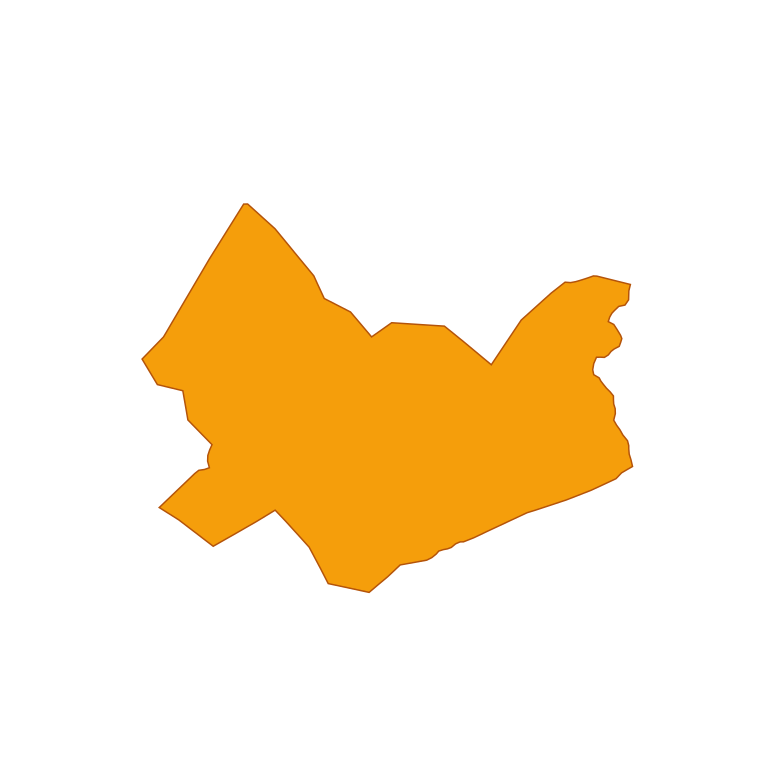 outline of Jaicós, Piauí, Brazil, rotated 228°
{"feature_id": "56859067B77828111309856", "entity_name": "Jaicós", "entity_type": "district", "adm_level": 2, "iso_a3": "BRA", "parent_name": "Brazil", "parent_adm1": "Piauí", "projection": "mercator", "projection_center": [-41.242, -7.409], "detail": "fine", "context": "isolated", "style": "filled", "palette": "amber", "viewbox_px": 768, "rotation_deg": 228, "n_neighbors": 0, "source": "geoboundaries", "source_scale": "gbopen_adm2", "svg_char_len": 1707}
<svg xmlns="http://www.w3.org/2000/svg" viewBox="0 0 768 768"><g transform="rotate(228 384 384)"><path d="M564.4,220.9L535.2,215.2L513.6,230.0L496.7,219.4L488.5,214.2L454.0,215.6L451.6,210.2L448.8,205.3L444.7,201.3L438.6,198.2L440.6,193.4L443.8,188.6L444.1,183.4L442.6,134.3L420.2,140.6L377.7,148.5L370.9,179.6L369.7,185.3L367.1,197.4L363.1,218.7L347.8,219.1L323.1,219.2L312.8,219.2L289.2,213.3L273.0,209.0L239.1,233.5L238.8,244.2L238.3,257.8L238.7,275.0L224.5,297.9L223.0,303.3L222.7,309.1L223.2,312.9L221.2,317.3L219.0,320.9L217.5,324.7L217.3,330.3L215.8,334.8L213.5,337.5L209.7,347.7L205.6,361.5L192.6,404.2L189.2,411.5L182.5,426.7L178.0,437.0L176.0,441.5L166.4,466.9L158.4,493.0L159.0,501.1L157.7,507.5L156.4,513.5L162.4,516.8L167.8,519.3L171.9,522.4L174.5,524.7L178.9,527.0L186.4,527.4L192.1,528.7L197.8,529.3L203.4,530.5L207.2,536.1L211.0,539.3L215.4,541.3L218.3,543.6L221.6,546.5L226.7,546.8L232.1,546.5L237.4,546.8L241.1,547.1L244.5,548.0L250.6,546.1L254.9,548.6L258.8,553.5L261.7,559.8L259.0,562.9L256.3,565.6L255.5,570.2L256.3,574.5L256.0,578.5L254.6,584.0L256.5,587.6L258.6,591.1L261.9,592.4L268.8,593.7L274.5,594.6L280.3,592.4L282.7,596.5L284.1,600.7L284.4,604.4L284.6,610.4L281.4,615.9L282.9,622.1L289.4,628.3L293.1,633.7L321.7,614.4L324.2,611.9L326.0,607.5L327.8,603.4L330.0,598.6L331.8,594.9L334.5,590.5L338.5,586.7L339.7,569.2L339.7,543.8L339.7,528.8L326.5,476.6L361.9,471.5L386.6,467.6L391.5,462.8L424.4,430.7L427.3,406.3L440.0,406.7L459.9,407.3L475.7,401.3L487.5,396.8L503.1,401.6L511.3,404.2L541.8,405.5L545.5,405.7L572.2,406.9L609.0,403.1L611.6,400.1L607.3,385.1L593.8,338.0L571.1,266.2L568.8,259.0L566.5,251.6L564.4,220.9Z" fill="#f59e0b" stroke="#b45309" stroke-width="1.5"/></g></svg>